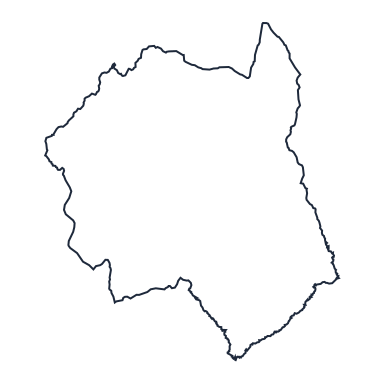 the district of Luwu Utara, Sulawesi Selatan, Indonesia
{"feature_id": "22746128B26232805086319", "entity_name": "Luwu Utara", "entity_type": "district", "adm_level": 2, "iso_a3": "IDN", "parent_name": "Indonesia", "parent_adm1": "Sulawesi Selatan", "projection": "natural_earth1", "projection_center": [120.334, -2.406], "detail": "fine", "context": "isolated", "style": "outline", "palette": "slate", "viewbox_px": 384, "rotation_deg": 0, "n_neighbors": 0, "source": "geoboundaries", "source_scale": "gbopen_adm2", "svg_char_len": 5935}
<svg xmlns="http://www.w3.org/2000/svg" viewBox="0 0 384 384"><path d="M233.5,358.7L235.0,357.1L235.6,357.2L235.4,361.0L236.4,358.0L237.5,356.7L238.5,356.8L239.4,357.6L239.9,356.9L240.9,357.5L241.5,356.4L242.6,356.2L244.1,354.0L245.5,353.0L245.7,351.3L245.3,350.6L246.2,349.3L247.2,350.5L250.4,346.6L250.4,345.1L252.0,344.0L252.5,344.4L252.9,343.3L255.5,343.5L257.1,342.4L258.9,342.1L259.5,341.4L259.2,340.2L260.7,340.3L262.3,339.2L264.0,339.0L265.1,338.3L265.1,337.2L266.4,337.1L267.5,336.0L270.5,336.1L271.5,334.7L273.3,334.3L274.6,331.6L275.2,331.6L275.2,332.4L276.3,332.4L276.8,331.5L278.3,331.6L279.4,330.9L279.4,330.2L280.8,329.9L282.6,327.3L283.6,327.2L284.9,326.1L284.7,324.9L286.4,324.6L288.0,323.2L288.8,321.0L289.3,320.8L290.2,318.9L291.5,318.0L290.5,317.4L290.7,316.9L292.2,315.7L293.7,315.4L294.7,313.2L296.6,313.7L298.9,312.5L300.4,310.8L302.2,310.1L302.2,309.5L303.9,308.0L304.5,307.0L304.1,306.7L304.6,305.4L304.2,304.8L305.5,304.8L305.2,304.2L305.4,302.0L307.2,299.9L307.2,300.4L307.6,300.5L309.8,298.8L309.9,297.8L311.0,297.3L309.9,296.8L310.4,296.3L311.2,296.5L311.7,295.8L311.5,294.6L312.6,294.7L312.8,293.6L314.0,293.0L314.2,291.6L315.1,290.9L315.5,289.0L315.2,287.8L313.9,287.6L313.3,286.9L314.2,286.2L314.5,284.7L315.1,284.2L316.0,285.3L316.5,284.6L320.7,283.9L322.6,282.2L324.6,281.9L325.9,282.9L327.2,282.9L329.1,283.6L332.2,283.2L336.8,278.7L338.8,278.1L338.1,277.4L338.3,276.3L337.8,276.5L338.1,276.1L336.7,274.6L336.5,273.7L337.2,274.1L337.3,273.7L335.8,272.6L335.6,270.4L336.0,269.9L334.7,268.6L333.6,265.0L332.8,264.0L332.9,263.3L331.7,262.7L333.3,260.9L333.4,259.4L332.8,259.1L332.1,257.6L332.6,257.0L333.7,256.9L334.0,255.6L332.9,253.9L333.0,252.7L332.0,253.2L330.9,251.4L328.7,251.1L327.7,248.4L328.6,248.5L328.6,246.1L327.1,246.8L327.2,246.2L326.1,244.6L326.3,243.4L327.0,242.9L326.0,242.0L325.6,242.7L325.0,239.8L325.1,238.6L324.3,237.5L324.0,236.0L322.4,234.8L321.9,232.9L322.1,230.6L320.0,228.0L320.4,226.4L319.4,222.4L318.7,220.6L317.3,219.1L317.3,217.7L315.4,212.4L315.6,209.2L315.0,208.4L313.3,208.1L311.9,205.1L309.9,204.0L306.6,199.8L306.3,198.0L307.1,193.3L306.5,189.6L306.9,188.7L305.4,188.1L303.2,183.7L300.7,183.2L302.1,178.8L303.8,175.3L302.9,167.3L302.0,165.4L299.0,164.1L297.7,162.5L296.6,157.2L293.7,152.3L292.0,150.9L289.4,150.2L288.5,147.8L287.8,147.5L286.7,142.4L286.1,141.7L286.2,139.3L287.2,137.2L290.3,134.3L290.9,131.8L290.5,130.3L291.1,128.7L290.8,127.6L291.3,126.8L294.4,125.4L295.0,124.1L296.5,117.4L296.8,113.9L296.3,112.4L297.7,108.4L299.4,106.5L300.0,105.3L298.5,99.4L297.9,90.1L299.6,87.4L298.6,84.9L297.2,83.6L296.6,80.6L297.7,77.6L300.3,74.5L295.0,67.4L289.6,58.4L289.6,53.5L288.7,52.4L288.4,51.0L287.6,50.3L285.8,45.4L284.4,44.8L283.3,42.4L278.8,36.9L277.5,36.7L273.5,32.6L271.0,29.4L268.1,23.7L266.6,23.1L263.0,23.0L262.4,23.8L259.8,39.6L259.7,42.3L258.6,44.8L257.7,45.4L255.0,54.9L254.7,61.3L253.6,61.9L253.3,64.0L251.1,67.6L249.8,76.4L248.4,78.0L247.0,78.0L242.0,74.8L240.2,74.4L234.7,71.0L232.0,68.5L228.7,67.0L219.4,67.3L217.8,68.3L213.6,68.5L209.5,69.6L202.5,69.1L201.3,68.2L198.3,67.4L194.8,65.2L191.8,64.8L185.5,61.8L184.2,60.7L183.7,55.0L182.9,55.1L176.3,51.1L168.9,51.4L166.6,51.8L165.9,52.6L163.0,51.2L161.0,48.6L157.5,47.0L155.8,47.8L154.2,45.9L149.0,46.4L146.7,49.0L143.4,49.4L142.5,50.0L141.2,54.2L141.0,57.8L138.6,58.9L137.7,60.8L135.4,62.9L135.6,67.0L134.0,67.9L133.2,69.3L131.5,70.1L129.7,68.9L128.7,68.8L125.4,75.3L122.9,76.0L121.9,75.5L121.0,73.8L120.2,74.1L118.2,73.0L116.9,70.2L114.3,68.5L113.7,66.8L115.2,65.0L114.3,63.6L113.0,64.5L112.0,66.6L112.0,68.2L110.4,68.7L108.9,71.5L106.6,72.8L104.4,72.5L101.9,73.4L99.3,77.5L99.3,79.7L100.2,82.3L99.7,84.4L98.7,85.7L99.2,88.6L98.9,90.1L98.3,91.4L97.1,91.9L95.8,94.4L95.3,94.8L91.9,93.6L89.1,96.2L85.6,97.7L84.6,98.7L84.6,100.7L83.6,102.5L83.8,103.6L83.3,105.7L80.3,109.0L78.0,108.7L76.4,111.3L74.0,112.7L73.4,114.4L73.4,116.3L68.9,120.4L67.7,122.1L67.5,123.2L63.1,126.8L61.3,126.5L58.5,127.1L56.6,129.1L53.5,134.3L53.6,134.9L52.0,134.9L51.8,135.9L46.4,137.8L45.4,141.2L46.3,143.9L46.9,149.5L47.4,150.2L45.2,155.5L46.3,156.1L48.8,159.3L49.5,161.3L51.4,162.1L51.5,163.5L52.6,164.3L52.8,165.6L55.4,165.9L55.9,167.1L57.1,167.6L57.3,168.8L58.1,169.9L60.0,169.9L62.2,167.9L63.6,168.9L64.1,170.8L62.9,173.9L63.0,174.8L63.8,175.6L65.6,180.3L69.8,187.4L71.3,191.3L69.2,198.0L64.8,204.9L64.0,209.9L65.8,214.3L73.2,220.4L74.6,223.1L74.3,227.2L73.2,231.8L68.8,241.0L68.4,245.0L68.7,245.9L70.2,248.0L77.1,253.1L83.0,261.7L89.2,265.2L93.4,269.4L96.0,266.1L100.1,265.2L102.0,264.0L105.4,259.8L107.8,259.9L109.5,262.9L109.9,265.1L109.6,266.8L110.5,268.1L110.9,270.0L109.6,277.6L110.0,279.4L109.2,281.6L109.6,284.5L109.2,288.6L109.6,289.5L111.2,290.7L111.5,293.0L113.4,296.6L114.8,302.5L116.3,301.4L122.5,300.2L123.3,297.8L125.0,296.8L127.3,296.7L130.5,298.5L136.5,294.8L139.1,294.9L147.4,292.0L150.7,289.3L155.8,288.3L164.5,289.4L165.7,288.1L167.8,287.1L168.6,286.0L169.9,286.0L171.9,288.2L174.9,287.6L177.1,284.2L178.2,280.8L180.5,277.8L183.1,279.8L186.8,280.6L188.4,280.4L190.8,282.8L191.4,285.1L190.2,288.4L189.3,288.6L188.7,290.1L191.1,291.9L190.7,292.5L191.9,293.5L192.8,295.4L196.9,297.8L195.3,298.1L196.2,299.4L199.0,300.1L200.2,301.0L201.0,305.6L202.5,307.5L203.5,310.2L204.7,311.3L205.5,311.0L206.7,311.6L207.5,312.6L207.3,313.1L209.6,315.2L209.4,316.0L210.1,316.1L211.3,318.1L212.0,318.8L212.4,318.2L213.2,318.5L214.8,321.3L216.2,321.7L216.1,323.0L216.7,323.2L216.6,324.1L217.5,324.9L217.4,325.7L219.3,326.9L221.3,327.1L221.3,329.2L222.1,329.5L222.3,330.8L222.7,330.9L223.0,329.9L225.8,330.0L225.1,330.9L225.3,331.8L224.6,332.1L224.3,333.2L224.4,334.8L225.9,335.9L225.7,337.9L226.9,338.2L227.4,339.2L227.8,339.0L228.5,339.9L228.9,341.0L228.6,342.0L230.4,344.5L229.6,346.2L229.7,349.7L228.9,350.8L229.2,351.4L227.6,352.4L227.7,353.3L232.3,355.8L231.8,356.6L232.7,357.0L232.6,357.8L233.5,358.7ZM234.3,359.6L235.3,358.3L235.1,357.2L234.5,358.7L234.3,359.6Z" fill="none" stroke="#1e293b" stroke-width="2"/></svg>